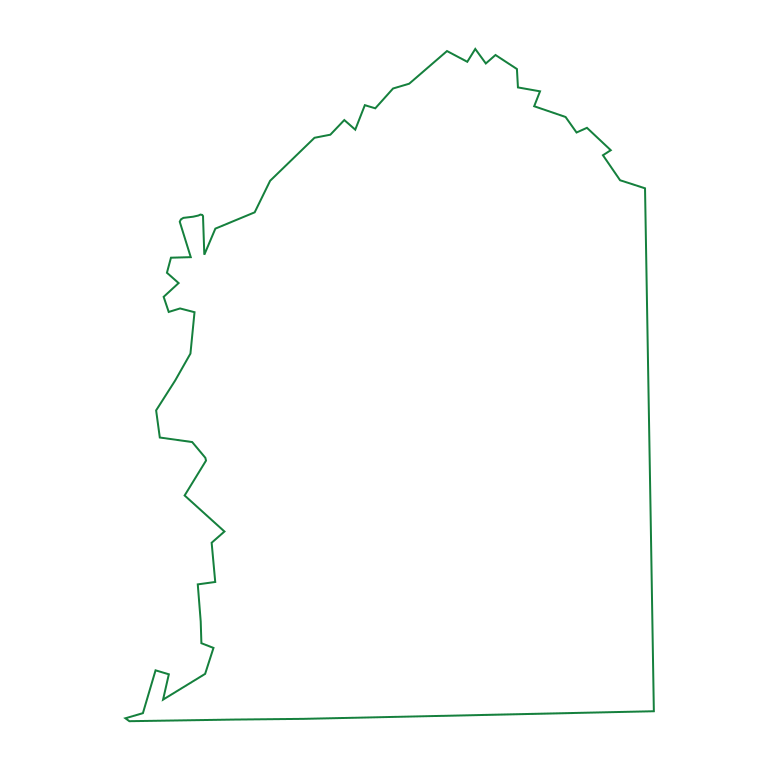 Pottawatomie, Kansas, United States of America (Natural Earth projection), rotated 89°
{"feature_id": "52423323B67530178670181", "entity_name": "Pottawatomie", "entity_type": "district", "adm_level": 2, "iso_a3": "USA", "parent_name": "United States of America", "parent_adm1": "Kansas", "projection": "natural_earth1", "projection_center": [-96.445, 39.346], "detail": "fine", "context": "isolated", "style": "outline", "palette": "green", "viewbox_px": 768, "rotation_deg": 89, "n_neighbors": 0, "source": "geoboundaries", "source_scale": "gbopen_adm2", "svg_char_len": 1019}
<svg xmlns="http://www.w3.org/2000/svg" viewBox="0 0 768 768"><g transform="rotate(89 384 384)"><path d="M520.9,119.7L192.9,119.6L184.4,144.4L159.1,161.1L154.2,153.2L131.4,176.6L135.9,187.1L120.2,197.8L108.9,229.0L94.1,222.9L89.8,244.9L71.4,245.6L57.0,266.8L65.3,276.6L50.6,286.9L63.3,295.1L52.2,315.2L84.2,353.6L88.7,369.8L108.2,387.9L104.9,398.3L129.2,408.3L119.4,419.1L133.8,433.3L136.6,449.2L178.8,494.3L210.1,510.3L225.7,549.9L251.6,561.4L215.6,562.0L213.0,562.0L211.8,562.8L211.4,564.6L212.3,566.6L213.4,571.9L214.4,581.7L215.9,584.2L218.2,585.4L253.8,575.0L254.0,594.8L269.0,599.1L279.5,587.6L293.0,602.8L308.2,598.0L304.9,586.6L308.9,572.2L350.2,577.0L376.8,592.7L406.4,612.3L433.6,609.1L438.7,576.8L454.7,563.9L457.5,563.3L492.0,585.3L528.7,546.1L539.7,559.1L579.0,556.2L581.1,573.7L618.3,571.4L640.0,571.1L644.9,559.1L670.7,567.9L695.7,610.4L670.5,604.2L666.3,617.4L708.9,630.8L713.7,648.4L716.7,644.5L716.9,540.2L717.4,470.4L715.9,119.9L520.9,119.7Z" fill="none" stroke="#15803d" stroke-width="2"/></g></svg>